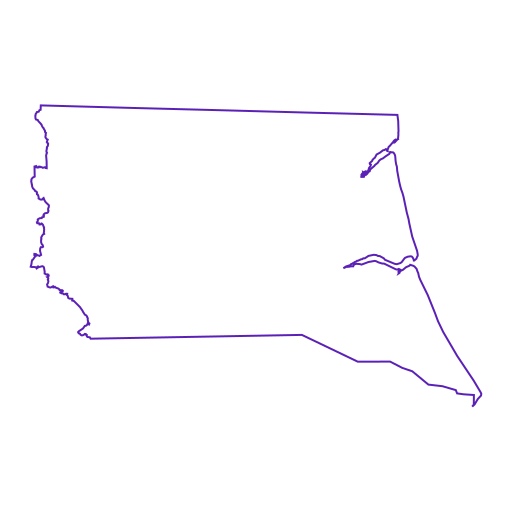 outline of Güer Aike, Santa Cruz, Argentina
{"feature_id": "61730980B56904104065194", "entity_name": "Güer Aike", "entity_type": "district", "adm_level": 2, "iso_a3": "ARG", "parent_name": "Argentina", "parent_adm1": "Santa Cruz", "projection": "albers", "projection_center": [-69.615, -51.54], "detail": "fine", "context": "isolated", "style": "outline", "palette": "violet", "viewbox_px": 512, "rotation_deg": 0, "n_neighbors": 0, "source": "geoboundaries", "source_scale": "gbopen_adm2", "svg_char_len": 5858}
<svg xmlns="http://www.w3.org/2000/svg" viewBox="0 0 512 512"><path d="M227.4,110.4L131.0,107.9L40.8,105.4L40.6,109.8L39.4,110.2L38.7,111.7L36.8,112.1L36.5,112.9L35.6,114.2L35.5,115.5L35.3,115.8L35.5,118.5L36.0,119.5L37.8,120.0L38.3,121.1L41.1,124.1L41.1,124.3L41.6,124.8L41.8,125.6L42.9,127.6L43.6,128.1L43.9,129.0L45.0,130.8L45.0,131.9L46.0,132.9L45.6,134.1L45.8,135.1L45.4,136.2L45.5,137.5L46.8,139.2L47.7,139.6L46.8,142.0L47.3,142.5L47.4,143.0L47.9,143.7L48.1,143.7L48.1,144.5L47.9,145.1L47.9,145.8L46.9,147.1L46.9,147.8L47.0,148.0L46.8,148.2L46.8,149.1L46.4,150.8L46.4,151.4L47.0,152.8L46.6,153.1L46.5,154.2L46.1,155.4L46.6,161.2L46.7,168.2L45.6,168.0L45.3,167.3L45.0,167.2L42.8,167.8L41.6,167.1L40.8,167.2L40.2,166.8L39.9,167.0L39.7,166.6L38.5,166.7L38.5,167.0L38.1,167.1L38.0,167.5L37.2,167.5L36.3,167.3L36.0,166.4L35.5,166.5L35.6,166.2L34.5,166.5L34.7,176.6L32.9,177.5L31.7,178.8L31.3,180.1L31.4,180.8L31.2,181.6L31.7,183.4L31.6,183.9L32.0,184.7L32.1,186.3L32.9,188.3L34.6,190.0L35.1,191.0L36.3,191.5L37.0,192.3L36.8,193.0L37.0,194.3L37.7,194.5L38.3,195.8L38.7,197.6L38.6,198.5L40.3,199.5L41.5,199.6L42.5,199.4L42.8,198.6L43.6,198.0L44.6,200.5L45.6,202.1L48.9,205.3L48.8,207.1L48.2,208.3L48.1,210.1L48.5,210.8L48.0,212.3L47.5,212.8L45.0,213.3L43.9,214.2L43.4,215.2L43.9,215.6L43.8,216.8L42.0,217.3L41.7,218.1L39.9,218.2L38.1,219.1L37.7,219.7L37.9,220.2L37.6,221.6L36.9,222.2L37.2,223.2L39.2,223.4L39.5,224.5L40.8,224.4L41.4,223.5L42.0,223.7L43.0,224.9L43.7,226.9L44.1,227.3L43.9,228.0L44.2,229.3L44.0,230.8L44.1,231.2L43.8,232.6L44.2,233.9L42.9,234.5L41.3,237.2L41.2,237.8L41.4,238.3L41.2,238.8L41.3,239.6L41.1,239.9L41.1,242.3L41.8,244.2L42.7,245.1L43.1,246.7L42.5,247.2L40.8,247.2L40.2,248.5L40.0,250.8L41.1,254.9L39.4,255.9L38.9,255.5L37.7,255.4L36.0,254.1L34.4,253.9L34.3,255.0L35.8,255.7L35.7,256.3L34.8,256.8L33.0,259.6L32.3,259.9L31.8,261.3L31.4,264.3L30.7,266.7L32.2,267.1L33.0,266.9L35.1,267.1L36.5,267.8L36.7,268.4L37.5,267.9L37.4,266.7L38.0,266.4L38.6,267.2L42.3,266.2L43.5,266.7L44.0,267.7L44.7,271.9L44.6,273.5L46.4,274.6L47.2,274.3L48.2,274.6L48.1,275.1L48.5,275.2L48.7,275.7L48.1,275.9L47.9,276.9L47.2,277.1L48.3,278.2L48.1,279.4L47.8,279.7L48.4,281.1L48.0,283.0L47.1,284.4L47.6,286.6L49.6,287.4L50.7,287.5L53.0,286.3L53.3,287.4L54.1,287.4L54.9,286.8L55.9,287.7L58.4,288.6L59.4,289.4L59.6,290.1L62.2,290.2L62.8,290.7L62.7,291.2L60.2,292.4L60.2,292.6L61.7,293.4L63.1,293.5L63.9,294.3L65.3,294.2L65.5,293.9L66.3,293.7L67.2,293.8L67.0,295.1L67.6,295.6L68.3,298.0L69.4,298.6L72.4,298.8L72.5,299.6L72.2,300.5L73.9,301.0L79.9,307.0L82.5,310.7L83.0,311.8L84.9,314.7L86.1,315.3L87.1,316.5L87.2,317.4L87.8,318.2L87.7,319.8L88.3,322.5L89.4,323.5L89.0,324.5L87.6,323.6L87.2,324.7L86.0,325.7L84.8,325.9L83.0,328.5L78.9,331.2L78.1,332.1L78.2,332.4L78.6,332.7L78.7,333.3L80.0,333.8L80.6,334.8L81.5,335.3L82.7,335.3L84.3,334.5L84.8,333.9L85.8,334.0L86.1,334.9L86.8,335.0L86.8,336.2L87.1,336.7L87.6,337.0L89.8,337.3L90.6,338.7L301.9,334.9L357.8,361.7L390.1,361.6L402.3,367.9L412.3,371.3L428.4,384.6L442.4,386.2L455.8,390.1L457.1,393.4L463.6,394.3L473.9,395.0L473.8,404.6L472.2,406.6L474.6,404.4L477.8,399.0L481.0,395.6L481.3,393.9L480.7,392.4L473.8,380.8L457.1,355.8L443.2,332.0L438.0,321.2L435.0,313.1L427.8,295.2L420.2,279.7L419.0,276.7L418.2,273.0L417.4,271.3L416.6,268.9L414.5,266.5L413.3,265.8L410.2,264.8L409.8,265.4L408.9,266.0L406.2,267.1L402.8,269.9L400.4,271.0L400.2,271.4L399.3,271.9L399.6,272.6L399.5,272.9L398.7,273.4L399.0,272.7L398.4,271.9L398.8,271.1L398.0,271.0L398.6,270.9L400.3,269.7L398.8,268.9L397.2,269.6L395.8,269.3L384.1,263.6L382.0,263.5L378.5,262.4L376.1,261.2L374.7,260.9L368.5,262.0L361.5,264.6L360.0,264.1L356.4,263.8L354.6,264.3L353.8,264.9L353.2,266.3L350.8,266.3L349.6,266.7L348.4,266.5L348.0,266.9L346.6,266.8L343.4,268.2L345.9,266.5L350.5,265.0L351.2,264.0L352.0,263.9L352.8,263.2L353.7,263.2L354.4,262.2L356.4,261.4L357.0,260.8L358.1,260.7L361.0,259.3L362.2,259.2L363.3,258.3L364.8,258.3L368.5,255.9L373.7,254.8L376.5,255.1L377.8,255.9L379.8,256.1L383.8,258.3L385.0,259.8L394.6,263.8L396.8,264.2L400.5,263.0L401.8,262.0L404.4,258.5L405.1,257.8L407.7,256.7L410.4,256.3L411.7,256.5L412.4,257.1L413.0,258.1L413.7,259.6L413.8,260.5L414.3,260.5L416.4,258.7L417.0,257.0L417.7,255.8L417.7,254.4L417.1,250.9L412.2,236.5L409.3,223.4L408.5,218.9L406.8,212.6L403.5,196.7L402.4,192.8L401.1,189.3L400.3,186.4L399.2,181.7L397.2,170.7L396.9,166.8L396.1,164.1L395.6,160.9L395.2,156.1L394.8,154.7L393.9,153.1L392.9,152.3L391.8,152.4L390.6,152.0L389.6,152.2L389.8,153.1L389.3,153.9L385.5,156.4L382.9,158.4L380.8,159.3L379.3,160.5L377.7,162.9L375.1,164.9L374.4,165.9L370.6,169.1L370.0,170.1L369.7,171.3L368.5,171.9L367.1,173.9L366.1,174.6L364.9,174.4L364.7,174.7L365.2,175.1L364.6,175.5L363.9,175.6L364.0,176.5L363.9,176.8L363.0,176.9L362.9,176.4L363.4,176.2L363.2,175.9L362.1,176.0L361.2,176.9L360.5,176.7L361.2,176.6L361.6,175.9L361.4,174.8L362.4,173.3L362.9,173.1L363.1,172.5L364.0,172.5L364.2,172.0L365.5,171.3L367.2,171.6L368.2,170.7L369.1,167.8L370.4,166.2L370.8,165.1L370.9,164.6L370.0,164.2L369.7,163.5L369.7,163.1L372.1,161.0L372.4,160.1L373.5,158.8L374.9,157.7L376.6,154.5L379.9,152.7L383.0,150.3L384.5,150.0L385.8,149.1L386.7,149.3L386.7,150.0L387.5,151.3L387.3,152.0L387.7,149.5L388.7,146.8L389.7,146.0L393.3,141.8L394.8,140.4L393.4,141.4L394.2,140.5L395.7,139.5L396.4,139.7L395.5,140.0L395.5,140.9L394.0,142.3L393.2,142.5L394.0,142.7L394.8,142.3L398.0,138.8L398.4,134.8L398.3,132.5L398.4,132.4L398.5,131.1L398.2,121.1L397.4,114.9L304.2,112.5L227.4,110.4ZM366.8,173.0L365.5,172.1L364.9,172.5L364.3,172.3L364.3,173.0L363.7,173.2L363.2,172.7L363.3,173.4L363.1,173.8L362.8,174.1L362.4,173.8L361.6,174.9L361.7,175.7L361.8,176.1L362.4,175.5L363.3,175.6L363.6,176.2L363.0,176.7L363.8,176.7L363.7,175.5L365.0,175.1L364.5,174.7L364.9,174.0L366.1,174.1L366.8,173.4L366.8,173.0Z" fill="none" stroke="#5b21b6" stroke-width="2"/></svg>